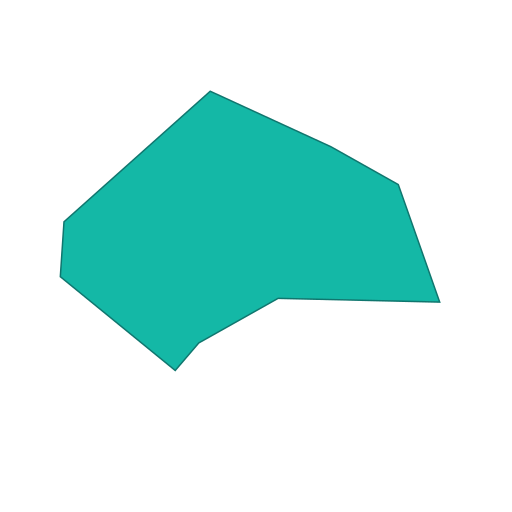 outline of Neutral Zone, rotated 125°
{"feature_id": "ARE-344", "entity_name": "Neutral Zone", "entity_type": "Emirate", "adm_level": 1, "iso_a3": "ARE", "parent_name": "United Arab Emirates", "parent_adm1": "", "projection": "equal_earth", "projection_center": [56.299, 24.93], "detail": "fine", "context": "isolated", "style": "filled", "palette": "teal", "viewbox_px": 512, "rotation_deg": 125, "n_neighbors": 0, "source": "natural_earth", "source_scale": "10m", "svg_char_len": 314}
<svg xmlns="http://www.w3.org/2000/svg" viewBox="0 0 512 512"><g transform="rotate(125 256 256)"><path d="M396.1,256.5L385.2,404.4L383.9,405.2L338.1,432.9L147.3,388.0L123.5,257.1L115.9,180.4L188.4,79.1L278.0,213.6L360.0,253.0L395.0,256.4L396.1,256.5Z" fill="#14b8a6" stroke="#0f766e" stroke-width="1.5"/></g></svg>